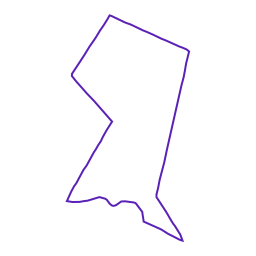 Santa Cruz Verapaz, Alta Verapaz, Guatemala (Robinson projection)
{"feature_id": "79465075B71576598572752", "entity_name": "Santa Cruz Verapaz", "entity_type": "district", "adm_level": 2, "iso_a3": "GTM", "parent_name": "Guatemala", "parent_adm1": "Alta Verapaz", "projection": "robinson", "projection_center": [-90.416, 15.333], "detail": "fine", "context": "isolated", "style": "outline", "palette": "violet", "viewbox_px": 256, "rotation_deg": 0, "n_neighbors": 0, "source": "geoboundaries", "source_scale": "gbopen_adm2", "svg_char_len": 1123}
<svg xmlns="http://www.w3.org/2000/svg" viewBox="0 0 256 256"><path d="M109.6,15.4L107.4,19.3L103.9,24.9L99.9,30.7L95.6,37.8L92.2,42.8L89.7,46.3L84.8,54.3L79.6,62.3L72.0,73.8L71.9,76.0L76.1,81.3L81.0,86.8L86.9,93.5L94.0,100.9L111.4,120.8L112.1,121.6L111.5,122.5L106.6,130.2L102.7,137.2L100.9,141.1L98.1,145.3L95.9,149.2L93.8,152.4L86.7,165.4L83.4,170.0L76.2,183.4L74.0,186.4L72.2,189.8L71.6,190.8L66.9,201.1L72.3,202.0L79.6,201.9L84.0,201.1L87.5,200.7L99.4,197.1L105.2,198.7L106.9,199.9L109.7,203.7L111.9,205.5L113.7,205.9L116.0,205.2L121.2,201.5L125.1,201.3L133.9,202.5L134.8,202.8L135.8,203.3L142.2,211.8L143.7,221.6L161.1,229.4L167.7,233.6L179.4,239.6L181.3,240.3L182.5,240.6L180.3,234.6L174.8,225.8L173.3,223.9L171.5,221.0L170.0,218.5L167.9,214.8L165.9,211.5L162.7,206.6L159.5,201.7L156.5,197.2L156.5,194.3L158.1,188.0L159.7,179.6L164.3,162.2L166.7,150.6L180.6,89.2L181.6,84.8L183.6,77.4L184.9,70.7L186.1,63.5L189.1,51.5L186.7,49.5L182.6,47.7L178.5,46.2L177.3,45.6L166.0,40.5L161.4,38.7L152.7,34.5L146.8,31.9L143.0,30.4L130.9,24.6L125.1,22.5L111.3,15.9L109.6,15.4Z" fill="none" stroke="#5b21b6" stroke-width="2"/></svg>